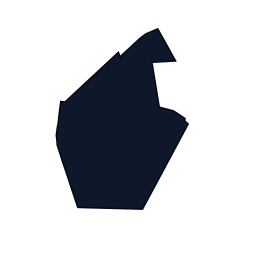 Rio Grande do Piauí, Piauí, Brazil (orthographic projection), rotated 224°
{"feature_id": "56859067B48966136379340", "entity_name": "Rio Grande do Piauí", "entity_type": "district", "adm_level": 2, "iso_a3": "BRA", "parent_name": "Brazil", "parent_adm1": "Piauí", "projection": "orthographic", "projection_center": [-43.132, -7.786], "detail": "fine", "context": "isolated", "style": "filled", "palette": "ink", "viewbox_px": 256, "rotation_deg": 224, "n_neighbors": 0, "source": "geoboundaries", "source_scale": "gbopen_adm2", "svg_char_len": 547}
<svg xmlns="http://www.w3.org/2000/svg" viewBox="0 0 256 256"><g transform="rotate(224 128 128)"><path d="M180.5,208.2L181.7,200.9L182.0,195.2L183.2,173.7L187.5,175.8L189.7,135.0L191.4,103.0L194.8,100.4L190.3,94.3L181.2,82.4L179.1,79.1L174.6,73.0L169.5,68.8L167.2,66.6L151.1,58.0L144.7,54.7L109.0,36.0L103.2,41.2L99.5,44.6L61.2,79.7L74.0,125.1L74.6,127.1L87.5,172.7L89.7,172.5L92.2,172.6L93.6,174.4L107.2,171.9L120.0,164.7L121.6,165.9L156.4,191.9L140.3,209.3L175.5,220.0L180.5,208.2Z" fill="#0f172a" stroke="#020617" stroke-width="1.5"/></g></svg>